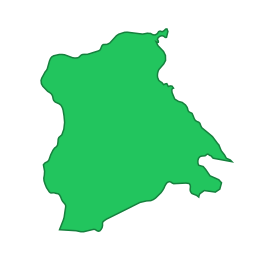 outline of Skåne, rotated 167°
{"feature_id": "SWE-3429", "entity_name": "Skåne", "entity_type": "County", "adm_level": 1, "iso_a3": "SWE", "parent_name": "Sweden", "parent_adm1": "", "projection": "mercator", "projection_center": [13.454, 55.942], "detail": "fine", "context": "isolated", "style": "filled", "palette": "green", "viewbox_px": 256, "rotation_deg": 167, "n_neighbors": 0, "source": "natural_earth", "source_scale": "10m", "svg_char_len": 2891}
<svg xmlns="http://www.w3.org/2000/svg" viewBox="0 0 256 256"><g transform="rotate(167 128 128)"><path d="M218.7,111.2L217.0,112.5L216.2,112.8L213.8,113.4L212.2,114.7L209.3,119.3L206.0,123.3L204.0,125.0L202.3,125.7L200.6,127.0L199.4,130.0L198.5,132.9L197.5,134.3L194.0,136.2L190.8,141.2L188.5,147.7L187.6,154.1L187.2,160.1L187.4,162.6L188.2,165.3L189.7,167.1L193.1,169.7L194.2,171.6L194.4,173.3L194.3,175.0L194.4,176.7L195.1,178.6L196.0,179.8L198.0,181.8L201.6,187.8L202.4,190.6L202.0,194.0L200.8,196.0L196.0,201.4L194.5,202.5L193.4,203.7L189.4,211.0L187.7,213.3L186.1,214.5L184.1,215.1L178.4,215.1L175.8,214.5L173.3,213.6L166.3,209.0L164.0,208.1L161.2,207.7L159.9,208.0L157.6,209.4L156.3,209.8L155.1,209.8L150.9,208.9L139.2,209.8L137.7,210.3L136.7,211.4L135.8,212.8L134.7,214.2L133.4,214.9L129.6,214.2L126.6,214.9L118.5,220.5L115.9,221.5L109.9,222.0L107.1,221.5L92.6,216.2L87.8,216.0L86.1,215.4L85.1,215.2L84.6,214.9L83.2,213.6L82.4,213.1L80.6,212.6L78.8,213.1L77.8,213.7L76.5,215.0L75.5,215.2L74.6,215.1L73.4,214.3L72.5,214.2L70.8,214.8L69.1,215.9L67.8,215.8L67.4,213.1L70.1,207.7L70.7,207.7L71.2,207.8L71.7,208.3L72.5,209.4L74.1,210.3L76.3,210.2L78.3,209.3L79.4,207.7L78.9,205.7L79.2,204.7L80.1,204.7L81.2,205.7L80.3,201.5L76.2,194.6L75.2,190.3L76.2,185.4L78.8,182.4L84.8,178.0L85.8,176.7L86.8,174.8L87.5,172.7L87.8,170.6L87.3,167.5L86.0,165.8L84.8,164.7L83.5,162.2L81.8,162.6L80.2,162.5L79.4,159.4L77.3,159.5L75.7,158.9L74.7,156.6L75.8,156.4L76.5,155.8L76.9,154.5L77.1,152.5L76.0,145.7L72.9,142.6L69.4,140.7L66.8,137.5L65.8,135.0L65.6,133.8L65.6,131.5L65.3,130.8L64.8,129.9L64.1,129.2L63.5,128.9L62.3,127.8L61.8,125.2L61.4,122.3L60.7,120.2L59.2,118.7L57.8,117.8L56.9,116.4L56.5,113.3L56.0,111.6L48.2,101.4L47.5,100.3L44.2,92.7L43.3,91.2L42.5,86.2L42.2,84.7L40.0,80.0L39.0,76.4L35.5,73.8L34.3,71.8L51.4,79.2L52.1,79.7L53.2,82.0L53.8,82.5L54.5,82.9L55.8,84.4L56.5,84.7L57.3,84.5L58.5,83.8L59.2,83.6L62.9,84.1L64.6,83.8L66.2,82.5L67.3,80.4L67.8,77.9L67.5,75.8L63.4,73.5L61.6,70.0L58.9,63.0L51.2,57.2L49.2,53.6L52.3,47.8L57.3,45.9L67.8,49.9L72.8,47.8L74.1,46.0L74.6,44.8L76.3,46.9L80.3,49.7L80.8,50.4L81.1,51.2L81.4,52.3L81.4,53.3L81.2,54.4L80.7,55.8L80.3,57.3L80.3,58.6L80.6,59.6L81.1,60.2L83.9,61.3L96.1,63.5L97.3,64.4L98.2,65.5L99.3,66.3L100.7,66.4L102.7,65.7L105.0,63.4L106.5,61.3L108.4,59.3L110.5,57.5L116.8,53.6L119.3,52.6L122.1,52.1L126.4,52.8L133.0,52.8L169.6,44.0L172.3,42.9L173.9,41.9L174.3,40.8L174.7,38.8L175.1,37.9L175.7,36.7L177.0,35.3L178.5,34.2L179.7,34.0L181.0,34.6L183.0,36.6L184.4,37.0L194.6,36.9L197.2,37.5L201.7,39.6L217.6,44.3L211.7,52.9L210.3,55.4L206.5,65.1L206.2,66.5L206.4,67.7L208.2,71.3L208.8,73.4L209.1,75.8L209.7,78.0L210.6,79.5L213.1,80.6L214.0,81.2L214.7,81.5L216.0,81.8L217.0,81.9L217.8,82.1L218.4,82.6L219.1,83.6L220.8,88.2L221.4,91.8L221.7,95.4L221.3,98.1L220.1,100.9L219.0,104.6L218.7,111.2Z" fill="#22c55e" stroke="#15803d" stroke-width="1.5"/></g></svg>